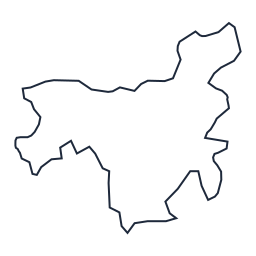 the border of Dobele
{"feature_id": "LVA-1082", "entity_name": "Dobele", "entity_type": "Municipality", "adm_level": 1, "iso_a3": "LVA", "parent_name": "Latvia", "parent_adm1": "", "projection": "orthographic", "projection_center": [23.182, 56.625], "detail": "fine", "context": "isolated", "style": "outline", "palette": "slate", "viewbox_px": 256, "rotation_deg": 0, "n_neighbors": 0, "source": "natural_earth", "source_scale": "10m", "svg_char_len": 1279}
<svg xmlns="http://www.w3.org/2000/svg" viewBox="0 0 256 256"><path d="M202.1,36.1L205.6,36.0L218.5,32.1L228.9,23.1L234.6,27.2L240.6,51.6L234.0,60.8L220.9,67.6L214.1,73.5L208.4,82.9L216.0,88.4L222.1,90.7L226.7,94.9L227.7,97.3L227.2,99.3L228.6,105.8L228.9,108.3L226.1,110.6L216.7,118.6L214.8,122.5L210.7,129.3L207.2,132.6L205.1,137.9L227.5,141.6L226.6,148.5L218.0,152.8L214.5,153.9L213.1,157.4L213.8,161.1L217.3,165.3L221.1,171.6L221.3,179.8L217.8,193.1L214.9,196.6L208.1,199.9L201.6,185.8L198.3,171.2L190.2,171.2L177.8,188.8L165.4,201.6L169.7,213.3L176.2,218.2L166.0,221.2L147.6,221.2L134.6,223.2L127.5,232.9L121.6,226.1L119.4,212.4L109.7,207.5L108.6,183.0L109.2,171.2L102.7,168.3L95.2,153.6L89.3,146.7L76.9,153.5L71.0,140.8L60.2,147.6L61.7,158.4L51.5,159.3L41.2,167.1L36.8,174.9L32.5,173.9L29.4,162.2L21.7,158.5L19.9,152.7L18.9,151.4L17.7,149.0L15.9,147.8L15.4,145.7L15.4,143.0L15.5,140.4L16.7,137.8L20.4,137.2L27.6,137.2L31.3,135.5L34.7,131.9L38.9,124.4L40.4,117.1L34.0,109.2L31.2,102.0L24.2,98.3L22.7,88.6L30.5,87.5L45.4,81.6L53.8,80.2L78.7,80.8L91.5,89.5L108.1,91.9L112.7,91.3L119.9,87.4L134.5,90.9L141.1,84.0L147.8,80.7L164.7,81.1L173.0,78.3L180.6,59.6L177.5,50.8L177.8,46.1L179.6,41.7L195.5,31.5L199.8,35.2L202.1,36.1Z" fill="none" stroke="#1e293b" stroke-width="2"/></svg>